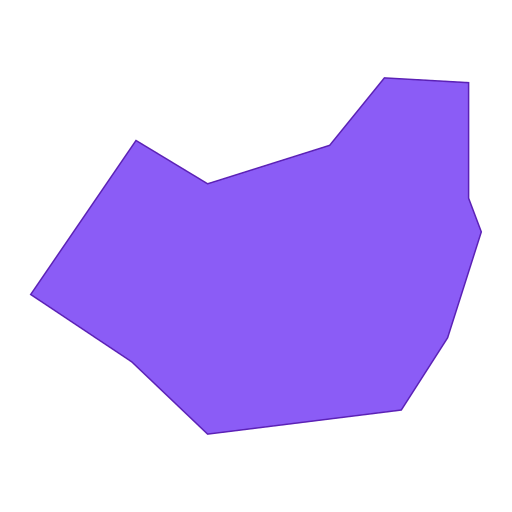 map outline of Mandaluyong City (Robinson projection)
{"feature_id": "PHL-5542", "entity_name": "Mandaluyong City", "entity_type": "Province", "adm_level": 1, "iso_a3": "PHL", "parent_name": "Philippines", "parent_adm1": "", "projection": "robinson", "projection_center": [121.054, 14.578], "detail": "fine", "context": "isolated", "style": "filled", "palette": "violet", "viewbox_px": 512, "rotation_deg": 0, "n_neighbors": 0, "source": "natural_earth", "source_scale": "10m", "svg_char_len": 285}
<svg xmlns="http://www.w3.org/2000/svg" viewBox="0 0 512 512"><path d="M207.6,434.1L131.8,361.9L30.7,294.5L136.0,140.5L207.6,183.8L329.7,145.3L384.4,77.9L468.6,82.7L468.6,198.2L481.3,231.9L447.6,337.8L401.3,410.0L207.6,434.1Z" fill="#8b5cf6" stroke="#5b21b6" stroke-width="1.5"/></svg>